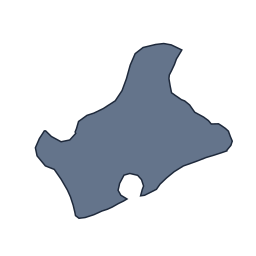 Lankaran District, Lankaran, Azerbaijan (Equal Earth projection), rotated 72°
{"feature_id": "54616110B2076465815790", "entity_name": "Lankaran District", "entity_type": "district", "adm_level": 2, "iso_a3": "AZE", "parent_name": "Azerbaijan", "parent_adm1": "Lankaran", "projection": "equal_earth", "projection_center": [48.748, 38.769], "detail": "fine", "context": "isolated", "style": "filled", "palette": "slate", "viewbox_px": 256, "rotation_deg": 72, "n_neighbors": 0, "source": "geoboundaries", "source_scale": "gbopen_adm2", "svg_char_len": 1242}
<svg xmlns="http://www.w3.org/2000/svg" viewBox="0 0 256 256"><g transform="rotate(72 128 128)"><path d="M196.4,137.0L197.1,133.0L195.1,119.9L191.3,114.9L187.4,106.8L183.8,97.6L181.2,87.1L180.8,72.8L180.2,62.8L180.4,55.2L180.4,46.5L180.3,41.0L179.6,40.7L176.3,35.5L172.7,32.9L167.8,33.3L162.0,33.5L158.5,35.5L154.8,38.3L152.0,40.6L149.9,47.6L145.9,49.2L141.0,52.7L133.6,59.7L125.1,62.3L119.8,65.7L117.5,68.5L111.2,73.3L109.9,74.2L108.0,75.7L100.9,74.9L93.6,73.8L90.3,72.3L86.7,68.7L81.9,64.2L77.3,60.6L72.3,54.8L70.4,52.7L65.8,57.5L62.3,61.2L58.7,67.9L57.1,75.9L56.1,88.8L59.5,98.2L68.8,106.4L80.7,114.3L90.6,122.1L98.2,131.7L101.9,145.7L103.3,155.9L103.3,163.1L106.5,173.0L112.8,177.3L115.4,179.5L117.0,179.4L121.4,187.1L120.4,195.9L112.4,203.5L105.3,207.2L104.9,208.5L107.3,211.4L110.6,215.5L118.2,222.2L126.4,223.1L138.5,218.3L144.6,210.9L156.2,207.4L168.3,204.8L175.7,204.0L184.6,204.0L192.0,204.6L195.1,205.0L197.4,203.4L198.7,202.5L199.9,196.4L199.9,187.3L198.9,178.5L198.9,172.7L198.3,167.4L196.9,160.6L196.1,154.9L195.2,150.9L189.7,155.6L184.2,156.7L180.9,154.7L178.1,153.1L171.6,146.4L171.7,143.1L171.8,140.3L176.0,133.4L181.3,131.1L188.0,131.1L190.9,133.4L196.4,137.0Z" fill="#64748b" stroke="#1e293b" stroke-width="1.5"/></g></svg>